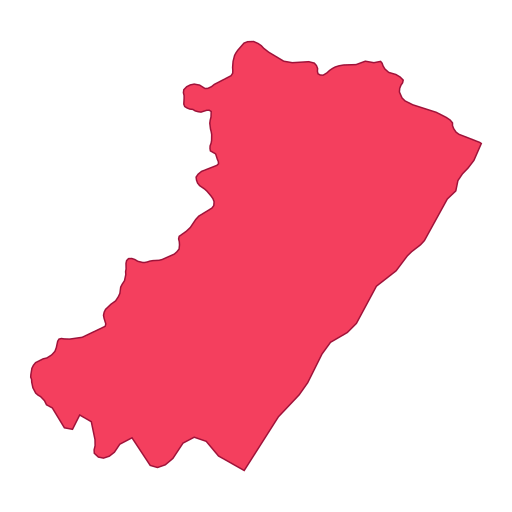 map outline of Castellón (Robinson projection)
{"feature_id": "ESP-5814", "entity_name": "Castellón", "entity_type": "Autonomous Community", "adm_level": 1, "iso_a3": "ESP", "parent_name": "Spain", "parent_adm1": "", "projection": "robinson", "projection_center": [-0.258, 40.248], "detail": "fine", "context": "isolated", "style": "filled", "palette": "rose", "viewbox_px": 512, "rotation_deg": 0, "n_neighbors": 0, "source": "natural_earth", "source_scale": "10m", "svg_char_len": 2702}
<svg xmlns="http://www.w3.org/2000/svg" viewBox="0 0 512 512"><path d="M481.3,143.5L479.2,148.3L473.9,160.4L468.0,168.1L462.4,173.9L457.9,180.6L455.8,190.9L447.3,199.0L424.4,240.6L420.5,244.8L411.7,251.6L407.3,255.9L396.1,270.8L376.4,286.2L356.4,323.4L347.3,332.5L330.5,342.3L322.0,354.0L307.7,382.7L299.1,394.9L278.4,416.8L244.2,470.5L218.5,456.0L206.2,441.3L194.2,437.2L183.0,443.1L172.9,458.4L165.3,464.8L157.5,467.5L150.2,465.4L132.0,437.8L119.8,444.2L114.4,452.2L109.3,456.2L103.5,458.1L98.4,457.1L94.3,453.3L94.1,449.9L95.1,445.7L95.0,439.6L91.3,421.7L79.7,415.0L72.5,429.3L64.4,427.8L52.3,407.9L46.5,404.8L44.5,400.7L40.6,396.6L38.0,395.1L35.7,393.1L32.9,387.8L31.7,382.1L31.6,379.5L30.7,377.1L30.9,374.4L31.9,368.3L33.4,365.3L35.6,362.6L43.2,358.8L46.8,358.0L51.1,355.3L52.0,354.6L54.9,351.4L56.3,347.7L57.7,341.2L59.0,339.1L61.4,338.5L64.0,338.9L69.6,339.1L82.2,337.3L105.2,326.3L105.8,323.9L104.1,318.4L103.5,315.3L104.2,312.1L105.6,309.3L111.1,304.1L115.6,300.9L118.3,296.8L119.9,293.4L120.7,287.1L122.2,284.2L124.5,280.7L125.8,274.6L125.6,271.7L126.1,269.0L126.0,263.3L126.6,260.6L128.5,258.6L131.8,258.5L134.8,259.5L137.8,261.3L142.8,262.5L144.6,262.5L147.2,262.0L149.9,261.1L153.0,260.6L159.1,260.3L162.2,259.5L174.3,254.1L176.9,251.8L179.1,249.0L179.5,244.9L179.3,241.7L178.6,238.9L179.2,236.3L186.4,231.2L190.4,227.4L195.7,219.5L198.8,216.1L211.9,208.1L213.8,205.6L214.1,201.7L212.9,198.6L210.9,195.8L206.9,191.1L204.7,189.1L199.6,185.6L197.6,183.1L196.5,180.1L196.1,177.1L198.1,174.2L201.5,171.4L216.8,165.4L218.5,163.8L218.3,161.5L217.3,159.1L215.7,154.1L215.3,153.7L210.4,150.9L210.0,148.6L210.1,145.9L211.1,143.2L211.6,140.4L211.7,134.6L211.2,131.7L210.5,129.0L209.8,123.2L210.2,120.2L211.0,117.0L211.2,111.5L209.2,110.2L206.6,110.3L201.0,112.1L198.1,111.7L195.2,110.9L192.8,109.4L189.9,109.1L187.1,108.0L184.7,106.5L183.8,104.1L184.1,98.4L184.1,95.5L183.4,92.7L183.8,89.7L186.7,86.7L190.3,84.9L194.2,84.1L199.6,85.1L205.0,88.5L207.8,88.4L211.6,86.6L214.3,84.4L231.1,75.7L232.7,73.2L232.8,70.4L232.6,67.4L233.1,61.3L234.6,55.4L236.0,52.8L237.8,50.2L244.0,43.1L247.6,41.7L253.6,41.5L258.1,43.5L261.3,45.7L263.6,48.2L268.7,52.2L283.7,61.2L292.3,62.7L308.8,61.7L314.3,63.1L316.4,65.5L317.6,68.5L317.4,71.3L318.0,73.8L320.2,75.0L323.1,75.2L326.8,73.0L329.5,70.5L332.4,68.5L335.2,67.0L339.0,65.8L343.6,65.0L356.1,64.6L365.3,61.2L373.9,62.7L380.6,61.4L382.1,63.2L383.0,65.8L384.8,68.9L388.7,72.4L395.9,74.5L400.1,77.0L403.2,80.1L402.6,82.8L401.0,85.1L399.7,88.3L399.4,92.0L402.0,97.9L405.0,100.9L412.8,104.8L436.2,112.3L446.4,117.5L450.2,120.1L452.5,122.9L452.5,125.6L453.7,128.7L456.0,132.1L458.9,134.3L479.7,142.4L481.3,143.5Z" fill="#f43f5e" stroke="#9f1239" stroke-width="1.5"/></svg>